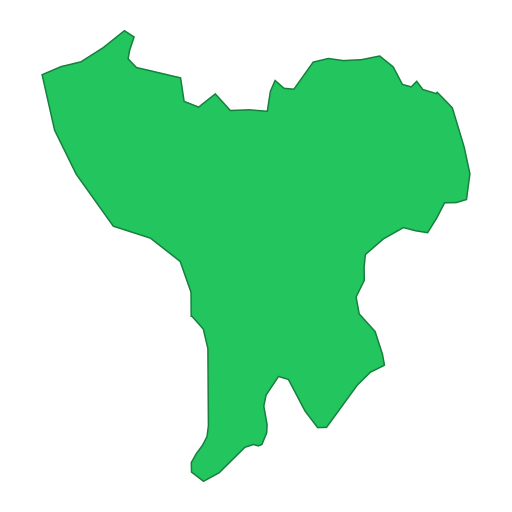 outline of Causeni
{"feature_id": "MDA-1649", "entity_name": "Causeni", "entity_type": "District", "adm_level": 1, "iso_a3": "MDA", "parent_name": "Moldova", "parent_adm1": "", "projection": "equal_earth", "projection_center": [29.315, 46.605], "detail": "fine", "context": "isolated", "style": "filled", "palette": "green", "viewbox_px": 512, "rotation_deg": 0, "n_neighbors": 0, "source": "natural_earth", "source_scale": "10m", "svg_char_len": 1177}
<svg xmlns="http://www.w3.org/2000/svg" viewBox="0 0 512 512"><path d="M203.5,481.3L191.5,472.1L191.3,462.6L196.2,453.8L202.5,445.3L207.0,436.6L208.4,425.8L207.9,348.6L203.3,329.1L192.0,316.3L191.2,316.3L191.2,316.0L191.0,292.2L180.2,261.5L150.5,238.2L113.3,226.2L76.2,174.2L54.6,130.2L42.1,74.7L61.0,66.6L81.0,61.8L103.4,47.5L124.4,30.7L134.1,37.0L129.7,50.1L128.1,58.8L136.4,67.5L180.6,77.9L184.1,101.4L198.6,107.1L215.3,93.9L230.3,110.5L249.2,109.8L267.3,111.3L270.4,91.3L275.1,80.5L284.0,88.3L293.9,89.2L313.2,62.1L328.3,58.5L343.5,60.6L361.4,59.7L379.7,56.0L393.2,66.9L402.4,84.4L411.2,86.9L416.7,81.3L422.9,89.6L423.1,89.6L436.2,93.6L437.2,92.3L437.5,92.6L444.1,99.3L452.3,107.8L464.2,147.2L469.9,173.8L466.5,199.5L456.2,202.6L444.6,202.8L436.8,217.9L427.6,232.7L415.7,230.8L403.4,227.6L383.4,238.9L365.4,254.5L364.1,267.2L364.3,280.3L356.1,297.0L359.2,313.9L375.1,331.5L382.4,354.0L384.4,364.8L384.4,365.2L370.4,372.2L357.3,385.1L326.5,427.4L317.6,427.6L305.0,411.0L288.4,379.4L278.5,376.5L266.1,395.0L263.8,406.1L267.1,424.6L266.7,432.8L261.9,444.5L258.3,445.9L253.5,444.5L244.9,447.3L219.2,472.7L203.5,481.3Z" fill="#22c55e" stroke="#15803d" stroke-width="1.5"/></svg>